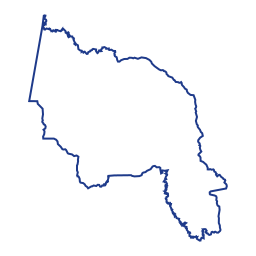 the district of Miranda, Mato Grosso do Sul, Brazil
{"feature_id": "56859067B93702669901157", "entity_name": "Miranda", "entity_type": "district", "adm_level": 2, "iso_a3": "BRA", "parent_name": "Brazil", "parent_adm1": "Mato Grosso do Sul", "projection": "mercator", "projection_center": [-56.507, -20.138], "detail": "fine", "context": "isolated", "style": "outline", "palette": "blue", "viewbox_px": 256, "rotation_deg": 0, "n_neighbors": 0, "source": "geoboundaries", "source_scale": "gbopen_adm2", "svg_char_len": 5817}
<svg xmlns="http://www.w3.org/2000/svg" viewBox="0 0 256 256"><path d="M226.1,188.5L226.8,186.3L226.6,185.0L226.2,184.2L224.4,182.5L225.3,180.4L225.0,179.7L223.4,179.0L223.0,178.2L221.1,176.8L219.7,174.9L218.9,174.9L217.2,176.3L216.0,174.7L216.6,173.8L215.9,173.2L215.7,172.3L214.3,171.5L213.9,169.9L213.4,169.4L211.6,169.7L210.0,169.1L209.2,169.5L207.7,169.4L207.7,167.8L206.4,164.8L203.1,161.9L200.6,160.9L200.5,157.5L199.9,156.3L198.5,155.3L198.5,154.4L201.3,151.6L200.4,149.9L199.8,147.9L200.3,146.0L200.0,145.4L199.4,145.2L199.8,144.4L199.6,143.4L198.5,142.3L198.1,141.2L198.3,140.1L200.1,137.7L202.8,135.9L202.2,133.2L200.8,131.9L200.0,129.8L197.9,127.2L197.6,126.4L197.8,125.4L196.8,124.3L195.9,120.9L197.0,116.9L195.7,112.5L196.2,111.4L195.2,108.7L196.0,107.5L196.2,106.3L195.5,104.4L195.1,101.9L195.3,99.8L193.6,95.2L190.5,94.9L187.8,92.8L186.9,91.0L186.7,89.6L184.9,88.6L184.0,87.1L182.2,85.2L181.8,84.5L181.7,83.0L181.1,82.1L180.3,82.7L179.2,82.8L178.3,82.2L175.7,81.9L174.5,80.1L173.8,79.9L172.3,77.6L168.3,76.1L168.0,75.4L166.6,74.1L166.3,72.4L165.4,71.5L163.8,71.0L163.5,70.4L162.8,70.1L160.9,70.3L159.2,69.5L154.6,66.2L151.9,63.5L151.2,61.7L149.4,59.9L146.0,58.1L141.5,57.4L137.9,58.8L134.5,57.7L133.2,58.3L131.9,57.8L129.4,57.7L127.5,58.9L124.2,59.0L121.1,60.2L119.5,61.6L118.0,61.6L117.2,59.9L116.7,57.3L115.0,56.2L114.6,55.4L114.8,54.7L114.4,54.1L114.4,53.2L115.3,52.1L115.1,51.0L113.2,50.9L111.5,49.7L109.4,50.0L108.8,49.7L108.8,48.5L106.2,48.8L106.1,48.0L104.5,47.1L102.4,47.5L102.6,48.2L101.3,49.3L100.9,50.3L101.4,51.1L100.5,51.2L100.2,50.4L99.1,50.4L98.1,52.6L97.4,53.1L96.1,51.3L96.1,49.5L93.1,48.9L92.3,49.4L92.0,50.1L90.4,50.6L90.3,51.3L88.3,52.1L87.6,53.8L86.7,53.9L84.7,51.7L83.4,52.6L82.9,51.7L82.1,51.3L81.6,51.7L81.6,50.7L80.1,50.4L78.4,49.1L77.9,45.3L76.2,44.3L75.5,43.3L74.8,43.5L74.8,42.6L73.5,39.6L74.0,38.9L73.6,38.0L72.6,37.7L72.3,36.5L70.3,36.4L69.4,35.0L68.9,35.4L69.2,36.9L68.6,37.2L68.0,36.3L67.4,33.7L68.3,33.5L68.7,32.9L68.3,32.3L66.4,33.2L65.6,32.6L65.8,31.9L65.4,31.0L63.4,29.0L62.2,30.0L62.2,29.2L60.6,31.2L58.0,30.5L57.5,30.0L55.9,29.9L55.8,30.6L56.1,31.1L55.8,31.7L55.1,31.4L54.9,30.5L53.9,30.5L53.0,31.1L52.9,30.5L51.3,31.2L50.9,30.3L50.1,29.7L50.1,28.9L49.3,28.5L48.6,29.1L46.5,28.5L45.0,29.6L44.2,29.4L43.9,27.9L43.2,26.9L43.1,25.5L43.6,24.9L44.3,25.0L44.2,23.6L45.7,24.2L45.7,23.2L45.1,22.4L46.2,21.4L46.3,20.4L46.0,19.7L44.5,18.7L44.3,17.9L45.2,16.6L45.4,15.6L44.5,15.4L43.8,15.7L42.5,25.8L29.2,101.1L37.3,101.2L37.8,103.9L42.6,108.7L43.0,114.4L42.3,118.5L42.8,120.5L42.3,121.3L42.4,122.2L43.6,123.6L43.7,124.3L45.0,125.0L45.7,126.5L45.3,128.4L43.5,129.7L44.4,131.0L44.5,131.7L44.2,134.2L43.1,136.6L43.3,138.6L53.9,138.6L56.1,139.7L57.5,141.4L57.9,144.1L60.7,146.7L62.4,149.2L63.4,149.5L65.3,149.3L66.1,150.0L67.8,153.3L68.6,153.7L72.0,154.4L74.1,156.1L76.6,155.5L78.4,156.7L77.9,160.0L78.1,161.0L77.5,164.6L77.0,165.3L77.0,170.5L77.8,172.3L77.1,175.5L77.5,176.4L78.3,176.3L78.8,176.9L79.6,178.7L79.9,181.7L80.5,182.6L83.2,183.1L84.8,184.4L85.5,185.8L87.1,186.9L88.1,188.3L91.5,186.3L92.3,186.3L93.6,185.5L96.3,186.0L97.7,184.8L99.2,184.9L100.0,186.5L100.7,186.7L101.4,186.6L102.3,185.4L103.8,185.6L104.1,184.2L104.7,184.2L105.4,184.9L105.9,183.9L105.9,182.8L106.8,181.5L107.5,182.0L108.0,181.4L107.8,180.2L108.6,177.4L108.1,176.9L108.3,175.9L114.3,175.4L131.1,175.2L132.1,175.9L134.5,176.4L139.4,176.1L141.6,175.2L142.3,173.3L143.2,172.6L145.5,172.1L147.0,170.8L150.6,169.2L152.6,166.5L153.5,166.1L154.9,165.9L156.7,167.3L159.4,167.2L160.3,167.9L160.3,169.3L161.1,173.4L162.4,172.7L161.7,171.0L162.2,170.4L164.8,170.8L167.6,170.3L166.9,171.8L166.3,172.2L166.5,173.1L165.8,173.5L166.7,173.8L167.0,174.4L166.5,174.7L166.9,175.3L166.0,176.4L165.3,178.3L165.9,178.5L166.3,179.2L164.7,180.1L163.8,181.5L164.6,181.6L164.8,182.2L166.1,182.1L167.0,183.9L166.6,184.5L166.9,185.2L166.2,185.2L166.0,184.6L165.4,185.2L165.4,185.9L166.1,185.9L166.4,186.6L166.8,187.5L166.1,189.1L165.3,189.8L165.3,190.4L165.9,190.4L165.4,191.1L164.6,191.3L165.3,191.8L164.8,193.4L166.4,194.0L166.4,192.9L167.9,193.5L168.1,196.0L167.5,196.7L166.5,197.0L166.4,198.0L165.7,198.4L165.9,199.1L166.6,199.7L166.5,201.9L167.1,202.2L167.1,202.9L167.9,203.5L168.5,203.1L168.6,203.7L169.2,203.8L170.1,203.2L170.3,204.0L171.0,204.0L170.8,204.9L170.1,205.0L170.0,205.9L171.1,207.9L171.2,208.8L172.2,209.5L171.7,210.1L172.9,212.0L172.6,212.5L172.9,213.3L174.5,213.4L175.1,214.0L174.1,214.8L174.7,215.3L174.8,216.4L175.4,215.9L176.0,216.4L176.6,218.1L179.1,218.8L178.8,219.6L179.6,220.9L179.6,221.8L180.4,221.8L180.9,222.3L180.4,223.3L181.1,223.7L181.1,224.5L182.0,225.0L182.2,225.7L182.8,225.4L182.5,224.6L182.9,223.7L183.6,223.6L185.0,222.5L186.1,223.0L184.7,224.1L184.1,226.2L184.6,226.6L186.5,226.9L186.5,227.6L186.1,228.2L186.9,228.6L186.7,229.7L188.2,231.6L188.1,232.4L189.0,232.1L189.8,232.3L190.2,233.0L189.4,233.7L189.5,236.0L190.8,236.3L190.9,237.6L192.7,237.7L192.3,237.0L192.8,236.6L194.9,237.0L196.2,236.4L196.4,237.3L197.2,237.1L196.8,237.9L196.9,238.8L199.7,240.6L200.5,240.5L200.6,239.3L201.3,238.7L201.5,237.8L202.1,237.6L203.7,238.3L203.6,236.3L202.8,235.1L203.6,234.8L202.7,233.4L202.7,232.4L203.4,231.8L203.2,231.0L202.5,230.8L203.0,230.2L202.8,229.5L203.4,229.7L203.9,229.1L205.6,229.2L206.6,230.7L205.9,231.5L205.7,232.4L206.5,232.4L206.8,233.3L207.8,233.5L208.6,234.6L209.5,234.9L210.9,234.4L211.6,232.1L212.4,231.8L214.0,232.6L214.6,231.9L215.2,231.7L216.9,232.6L218.2,232.6L220.1,230.9L220.5,229.9L219.9,227.5L219.8,225.4L218.8,223.0L218.9,218.1L218.5,216.3L219.6,209.9L219.3,206.5L217.8,205.7L217.4,205.1L216.8,203.0L217.1,201.3L216.3,200.0L216.6,197.7L216.2,196.3L214.7,195.5L210.2,194.5L209.8,194.0L209.7,192.3L210.7,191.4L226.1,188.5ZM74.8,43.5L74.9,44.3L74.4,43.9L74.8,43.5ZM166.4,186.6L165.7,186.6L165.7,187.3L166.4,186.6Z" fill="none" stroke="#1e3a8a" stroke-width="2"/></svg>